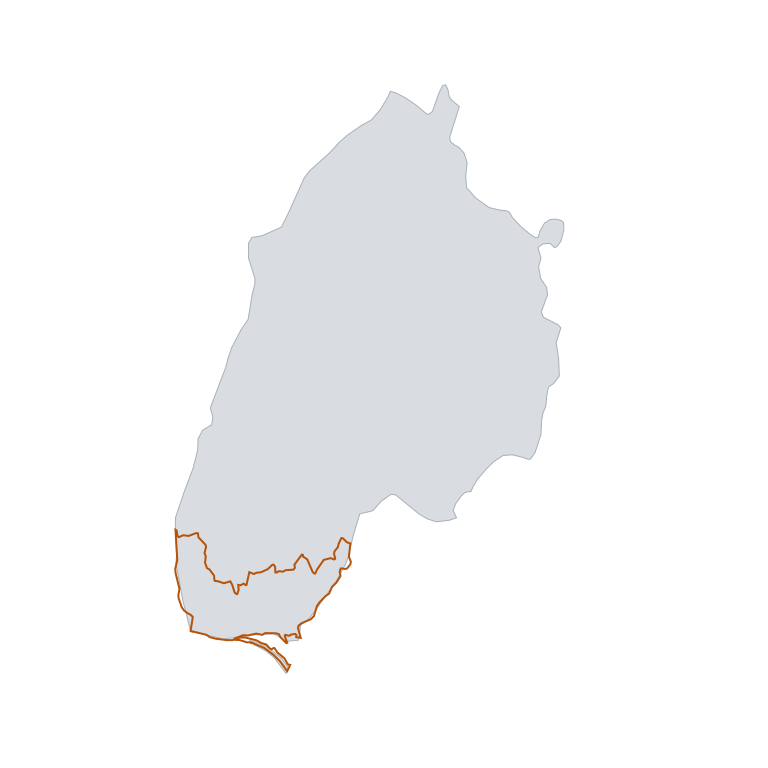 Klaipedos on a map of Lithuania (Robinson projection), rotated 285°
{"feature_id": "LTU-935", "entity_name": "Klaipedos", "entity_type": "County", "adm_level": 1, "iso_a3": "LTU", "parent_name": "Lithuania", "parent_adm1": "", "projection": "robinson", "projection_center": [21.636, 55.706], "detail": "medium", "context": "in_parent", "style": "outline", "palette": "amber", "viewbox_px": 768, "rotation_deg": 285, "n_neighbors": 0, "source": "natural_earth", "source_scale": "10m", "svg_char_len": 3855}
<svg xmlns="http://www.w3.org/2000/svg" viewBox="0 0 768 768"><g transform="rotate(285 384 384)"><path d="M273.6,488.7L269.2,482.2L264.5,470.4L264.9,460.9L267.5,451.5L280.0,423.7L279.2,419.3L270.0,411.6L258.6,405.9L252.3,394.2L229.3,393.5L207.6,394.2L200.8,393.6L180.2,388.7L160.3,380.9L147.0,376.3L135.8,371.2L129.8,365.8L120.3,367.2L113.9,367.3L113.9,366.3L110.3,356.8L114.2,342.2L107.3,320.8L96.1,295.1L95.4,267.6L94.6,261.5L122.3,246.0L157.2,229.4L165.1,227.9L197.2,218.0L201.5,217.2L230.5,219.1L253.2,221.4L272.3,221.1L282.8,218.6L292.4,220.7L300.1,228.1L308.0,227.2L315.8,222.4L358.7,226.8L368.4,226.7L379.3,227.4L399.5,231.9L411.1,236.0L436.5,233.5L447.4,233.4L453.1,231.7L470.4,220.6L477.9,218.7L484.8,216.7L491.3,218.4L495.7,227.9L509.0,244.3L523.2,247.2L562.4,253.6L570.5,256.9L592.9,271.4L606.3,278.5L614.8,284.2L628.0,295.3L635.7,303.4L648.3,309.5L663.1,313.7L668.3,314.3L668.2,320.2L666.1,330.2L661.6,343.1L656.8,353.1L655.7,357.0L659.7,360.2L679.0,361.7L687.3,363.4L689.0,366.1L684.8,369.6L678.8,372.4L676.1,375.1L671.5,384.9L639.3,383.6L635.1,385.6L633.2,390.1L631.8,395.3L627.8,401.5L619.4,407.0L606.0,409.1L595.2,412.8L587.3,424.5L581.6,440.0L582.0,451.1L583.0,457.2L582.4,460.8L578.3,464.6L571.8,474.8L566.6,486.0L564.6,492.1L565.7,495.0L571.9,495.0L581.0,497.4L585.8,501.9L587.7,507.0L587.9,512.6L586.3,515.7L579.2,517.9L567.9,518.0L561.3,515.4L559.9,513.2L562.9,507.9L560.4,501.1L555.7,497.4L546.4,503.0L537.3,503.0L526.5,508.0L519.5,516.0L512.7,518.9L494.2,517.3L489.7,520.8L486.2,537.1L484.0,540.3L468.5,539.6L453.7,546.1L437.0,551.3L428.4,547.7L423.5,543.6L414.4,544.3L404.4,546.1L397.7,545.1L390.1,545.6L375.6,548.7L357.2,547.7L349.4,545.0L348.6,542.4L349.1,536.1L348.8,526.2L345.8,517.5L337.0,509.8L327.8,504.5L316.0,498.9L307.3,496.5L302.6,495.8L301.5,492.6L299.7,489.9L295.6,487.5L287.0,484.2L279.6,483.5L273.6,488.7ZM85.0,365.3L79.0,364.3L90.9,349.2L95.5,339.3L98.7,325.4L101.5,321.0L101.5,327.4L100.3,337.9L92.7,355.9L85.0,365.3Z" fill="#d9dde1" stroke="#a8b0b8" stroke-width="1"/><path d="M95.4,261.1L109.5,259.6L111.0,257.1L111.8,253.5L113.6,249.2L116.2,246.3L123.7,241.2L126.8,240.0L133.1,239.5L147.5,231.6L151.3,230.2L160.4,229.9L189.3,220.3L188.9,221.6L183.9,223.8L182.9,225.4L186.0,229.3L186.6,234.5L191.4,241.2L191.6,243.0L188.0,244.3L182.5,253.2L180.6,254.3L174.2,254.4L171.4,256.5L165.2,257.3L160.3,260.7L159.7,263.4L155.0,269.4L150.4,271.1L150.0,271.9L150.5,274.3L150.1,280.9L153.6,286.6L150.8,289.3L143.9,293.7L142.9,295.8L143.1,296.6L147.5,296.9L152.2,295.2L152.4,297.4L154.9,300.1L153.9,302.4L154.3,303.2L167.4,302.6L166.8,307.4L168.8,309.9L170.3,313.9L174.9,319.5L180.4,322.9L180.9,324.1L179.3,326.1L173.9,327.8L174.1,329.1L175.9,330.7L176.6,335.0L178.7,337.2L181.3,344.7L183.5,345.5L186.2,344.2L197.9,348.7L198.0,349.8L196.3,350.5L194.8,355.2L183.9,363.8L182.9,365.6L183.1,366.6L187.6,367.4L198.5,371.3L202.0,377.6L201.6,381.2L202.0,381.8L202.9,382.0L206.8,379.8L209.5,379.5L214.6,381.7L217.9,381.5L224.2,382.7L224.3,384.3L221.5,389.1L221.3,392.8L208.1,394.8L203.7,398.0L201.3,398.2L196.2,396.1L195.2,394.0L194.9,390.3L193.6,389.7L190.9,389.9L187.3,391.7L180.1,389.5L174.5,386.3L167.3,385.2L163.8,382.3L156.4,378.2L152.2,376.7L141.7,376.4L137.9,374.2L131.5,366.2L128.3,363.9L125.7,364.2L117.2,369.3L116.8,364.7L119.0,364.3L119.6,362.9L117.9,359.0L116.3,357.8L116.1,353.5L115.0,353.3L109.0,357.5L108.5,356.5L112.7,349.5L115.2,347.1L115.2,343.9L112.6,333.6L110.2,331.4L109.8,325.1L105.9,317.7L104.9,312.9L99.9,306.2L97.4,304.1L95.9,298.3L94.4,287.2L94.4,281.5L95.8,277.0L95.4,261.1ZM88.3,366.1L81.6,364.8L89.4,355.1L93.8,347.3L98.1,336.6L99.9,323.3L99.3,322.7L99.9,321.5L99.0,318.8L99.3,310.6L98.5,307.0L101.8,310.1L103.2,315.9L103.4,327.3L102.0,332.8L101.9,337.7L99.1,342.0L98.5,344.0L100.5,345.8L100.5,346.6L97.1,350.5L93.3,358.8L88.3,363.7L88.3,366.1Z" fill="none" stroke="#b45309" stroke-width="2"/></g></svg>